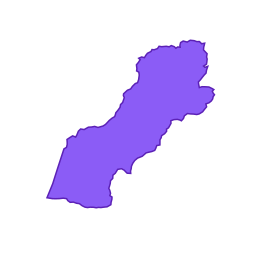 the district of Campo Magro, Paraná, Brazil, rotated 74°
{"feature_id": "56859067B84797689700286", "entity_name": "Campo Magro", "entity_type": "district", "adm_level": 2, "iso_a3": "BRA", "parent_name": "Brazil", "parent_adm1": "Paraná", "projection": "equal_earth", "projection_center": [-49.466, -25.298], "detail": "fine", "context": "isolated", "style": "filled", "palette": "violet", "viewbox_px": 256, "rotation_deg": 74, "n_neighbors": 0, "source": "geoboundaries", "source_scale": "gbopen_adm2", "svg_char_len": 2315}
<svg xmlns="http://www.w3.org/2000/svg" viewBox="0 0 256 256"><g transform="rotate(74 128 128)"><path d="M135.4,85.4L132.8,84.8L132.6,81.5L133.3,78.2L134.5,76.1L135.8,74.7L134.2,72.1L131.8,70.4L130.5,66.9L131.6,64.3L132.7,61.1L134.0,58.2L134.1,55.7L133.0,51.8L131.2,49.4L129.3,46.6L126.3,46.5L126.1,43.2L125.0,40.5L123.4,38.6L121.3,37.5L119.9,35.7L117.7,36.6L115.9,36.8L114.7,34.9L113.3,36.2L110.9,38.9L109.7,42.3L108.7,45.5L108.8,48.3L105.1,48.0L103.1,47.6L101.7,45.2L99.7,42.5L97.9,39.9L96.8,37.9L93.9,36.5L90.7,34.3L90.9,37.3L89.3,38.3L88.3,35.0L86.2,34.0L83.5,32.9L81.4,32.9L78.4,31.5L76.5,32.5L73.7,33.9L71.1,32.9L69.4,31.9L67.6,30.9L67.3,34.0L64.6,35.5L63.9,38.1L62.3,40.3L60.8,44.0L61.7,47.4L59.6,51.0L60.4,53.9L62.8,55.3L64.7,55.6L63.8,57.9L64.5,60.0L62.6,61.1L60.7,63.7L61.3,66.0L60.0,68.7L59.1,73.3L58.0,75.6L59.8,77.8L60.0,81.3L59.2,83.3L60.8,84.8L61.5,88.7L63.1,90.9L64.9,92.8L63.5,95.3L63.9,98.5L65.7,97.5L67.8,99.9L69.6,102.5L73.4,103.1L75.5,104.0L77.3,102.2L80.2,102.6L84.3,104.4L87.1,106.3L87.3,108.8L89.2,112.3L91.2,114.7L91.5,118.1L92.7,120.5L93.9,122.8L95.6,123.5L97.8,123.2L100.1,124.8L102.0,126.1L103.4,128.7L106.0,130.0L108.4,133.1L110.0,135.5L111.6,136.4L113.4,137.7L114.2,140.8L115.6,144.0L116.9,146.1L118.4,148.7L119.2,151.4L119.2,156.7L117.3,159.6L117.0,162.7L116.3,165.9L117.4,170.6L115.9,173.8L117.4,176.6L120.5,179.0L122.3,180.8L120.3,183.4L121.1,186.3L122.2,189.8L125.0,190.4L127.1,191.0L129.7,192.5L130.4,195.3L148.0,207.2L152.8,210.4L155.5,212.2L160.8,215.7L172.7,225.1L175.0,220.3L176.0,217.2L177.0,213.2L177.6,209.6L179.0,206.5L181.2,205.9L183.5,204.1L184.2,200.9L186.1,198.3L187.3,195.6L190.1,193.5L192.2,191.2L193.3,188.9L193.7,186.2L194.7,183.0L195.9,180.6L196.2,178.1L197.0,176.0L197.4,173.1L198.0,169.8L197.0,165.6L194.9,164.8L192.0,163.1L189.9,162.4L188.0,164.1L186.0,162.8L182.8,162.7L180.7,163.1L178.6,161.7L176.5,160.4L173.8,159.3L172.3,156.6L169.2,155.5L168.0,152.7L164.9,149.3L165.4,145.4L167.6,143.2L169.3,142.4L171.2,141.3L172.4,137.9L170.0,137.4L168.1,136.2L165.7,135.2L163.3,133.2L161.1,130.5L159.6,127.2L159.1,122.1L156.9,117.4L157.0,114.7L157.2,111.6L156.9,108.5L155.3,107.0L152.8,105.2L153.1,102.0L150.1,101.1L148.1,100.5L146.5,98.8L144.6,97.8L143.6,94.4L141.8,91.8L139.7,91.3L139.0,89.0L135.4,85.4Z" fill="#8b5cf6" stroke="#5b21b6" stroke-width="1.5"/></g></svg>